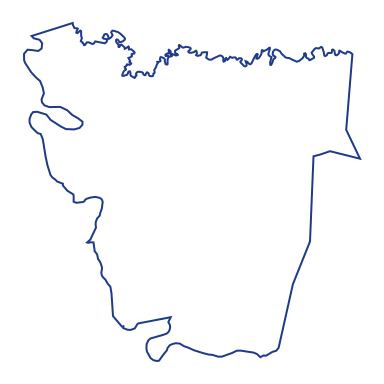 the district of San Jorge Nuchita, Oaxaca, Mexico
{"feature_id": "50627088B4984202667575", "entity_name": "San Jorge Nuchita", "entity_type": "district", "adm_level": 2, "iso_a3": "MEX", "parent_name": "Mexico", "parent_adm1": "Oaxaca", "projection": "orthographic", "projection_center": [-98.098, 17.686], "detail": "fine", "context": "isolated", "style": "outline", "palette": "blue", "viewbox_px": 384, "rotation_deg": 0, "n_neighbors": 0, "source": "geoboundaries", "source_scale": "gbopen_adm2", "svg_char_len": 5660}
<svg xmlns="http://www.w3.org/2000/svg" viewBox="0 0 384 384"><path d="M289.4,58.1L286.6,57.8L285.4,57.3L281.6,53.7L279.9,51.2L276.7,49.6L275.1,49.6L273.9,50.4L273.0,51.8L272.6,54.1L273.1,55.2L275.4,56.9L275.4,57.6L275.0,58.2L274.1,58.6L273.3,59.5L272.4,62.6L271.1,64.9L270.3,64.8L270.1,62.6L271.5,57.0L269.8,56.2L268.7,55.2L268.4,53.8L269.8,49.0L269.8,47.8L269.2,47.8L267.0,49.6L263.5,51.3L262.8,50.3L262.1,50.1L261.7,50.9L261.6,53.2L260.6,55.5L258.8,58.1L257.5,58.7L256.5,58.6L256.6,57.6L257.7,54.3L257.1,53.9L256.3,54.3L254.9,56.4L251.4,63.5L250.4,64.2L249.6,64.2L247.9,62.7L247.5,61.9L245.6,61.2L246.5,63.9L246.6,65.0L246.4,65.8L245.1,66.4L244.1,66.1L240.5,62.3L240.3,61.7L241.7,60.2L241.9,59.4L241.8,58.8L241.4,58.4L239.1,58.2L238.0,59.3L237.3,59.7L236.7,59.6L236.0,58.0L235.5,57.5L233.7,57.4L232.1,57.8L230.0,56.8L228.6,58.9L227.4,59.8L226.2,58.0L225.7,58.1L225.4,60.0L224.9,61.1L223.6,61.6L223.2,60.6L223.5,58.8L222.9,57.1L221.8,56.0L220.8,55.5L219.8,55.5L213.2,58.5L211.9,59.5L209.7,59.7L208.6,59.4L206.2,57.7L207.0,54.2L207.1,52.3L204.4,52.2L201.9,52.6L201.1,54.5L200.5,55.2L197.4,55.9L196.1,55.1L196.9,53.5L196.7,51.7L196.2,50.8L195.8,50.7L194.3,51.9L192.5,52.5L190.9,52.8L189.4,52.7L188.4,52.0L188.3,51.5L188.4,51.1L189.8,50.1L190.6,49.1L190.7,48.5L190.4,48.0L188.9,47.3L186.1,46.8L183.4,47.6L182.6,47.5L179.4,45.0L179.0,45.1L178.8,45.5L179.3,47.9L179.1,48.2L175.4,50.5L175.0,51.0L175.2,53.0L177.4,54.1L177.8,54.5L177.8,55.0L176.7,55.4L175.4,55.4L171.9,53.8L172.1,55.1L171.8,56.2L170.4,56.5L170.7,55.0L170.6,51.5L170.4,50.9L168.8,49.8L168.6,50.1L169.1,52.6L168.9,53.2L167.6,53.3L165.6,54.5L165.3,55.0L165.8,56.0L166.5,56.1L168.0,55.6L168.4,56.2L168.4,57.5L167.6,59.2L167.6,64.0L167.4,64.4L166.3,64.5L165.5,63.9L165.2,62.3L164.8,61.6L164.9,59.7L164.1,58.3L162.2,57.4L160.8,57.1L160.4,57.3L159.9,59.2L160.6,60.7L160.3,61.2L159.4,61.7L157.3,61.9L157.8,63.2L156.9,64.4L156.0,67.1L154.6,69.4L154.2,70.3L154.7,72.2L154.3,73.1L153.4,73.6L153.4,74.8L152.7,76.1L151.7,76.3L149.7,76.0L149.2,75.5L148.4,73.1L147.1,72.3L146.0,73.6L145.4,75.1L144.8,75.2L143.4,74.5L143.1,73.1L142.4,72.4L140.2,71.8L137.7,71.8L136.3,73.0L136.0,74.1L136.4,74.6L136.4,75.7L135.3,76.3L135.2,77.5L134.3,77.9L130.8,75.7L130.5,75.0L130.4,72.5L129.9,71.4L128.7,71.5L128.2,72.1L127.9,73.4L127.3,74.4L126.6,75.0L125.7,75.1L123.8,75.9L122.4,75.9L122.2,75.1L123.7,71.3L124.7,70.3L125.5,70.1L126.0,69.4L125.8,68.8L124.8,67.8L124.7,66.9L126.4,65.9L126.8,65.4L126.7,64.7L127.1,64.3L129.6,64.9L131.2,63.7L131.2,63.3L129.7,62.5L129.4,61.9L130.2,60.9L128.4,58.0L130.3,57.3L131.8,56.4L132.0,55.9L131.5,54.7L131.7,54.2L132.0,53.9L134.3,53.5L134.6,52.4L134.3,51.9L131.3,49.3L128.9,49.4L128.9,47.0L128.4,46.5L125.8,48.4L124.7,48.8L124.5,47.3L121.4,44.6L120.5,44.9L119.4,47.0L118.6,46.9L118.4,46.0L118.8,45.0L116.7,42.8L116.1,41.6L116.1,40.0L116.6,39.5L117.9,39.8L118.4,40.3L119.3,42.3L120.3,42.2L122.6,41.4L124.7,39.8L125.0,38.6L124.2,37.4L120.5,33.8L118.0,32.1L113.8,30.8L112.3,30.7L111.2,32.3L112.6,35.3L111.2,37.3L109.0,38.8L107.8,35.4L106.9,34.2L105.4,34.0L104.3,34.5L103.6,36.3L102.7,37.7L103.5,38.6L107.1,39.2L107.0,40.6L106.3,42.2L104.7,43.3L95.3,41.4L93.8,43.5L92.5,44.0L88.6,42.3L86.8,42.4L84.9,45.0L84.4,45.2L84.0,45.1L83.7,44.0L82.8,43.3L82.7,42.5L80.8,41.2L81.9,38.0L81.2,36.3L81.1,31.1L80.2,30.6L77.5,33.1L76.3,32.7L76.6,31.1L77.8,28.7L77.0,28.3L74.4,28.1L72.9,24.9L72.7,23.0L31.6,36.0L33.8,38.3L39.6,39.8L42.2,43.4L41.6,48.5L38.2,51.0L32.2,50.1L27.5,49.7L24.0,53.9L24.1,60.2L25.1,62.9L31.2,72.3L36.1,77.6L40.1,81.0L42.8,87.8L43.9,93.4L41.5,99.6L42.1,102.5L44.5,105.4L49.3,107.1L60.2,106.9L67.2,110.2L72.3,115.0L78.2,118.4L82.5,121.7L82.4,124.8L79.6,127.9L74.3,129.4L66.0,129.1L61.0,126.6L50.6,119.9L46.4,114.6L37.3,111.8L33.1,112.1L31.2,114.5L29.6,118.8L29.5,122.3L31.2,126.7L33.5,129.2L37.6,133.1L40.7,134.0L42.8,139.3L45.6,156.5L47.4,165.1L50.5,175.0L52.6,177.7L55.1,179.4L57.1,181.5L62.9,183.7L62.9,185.5L67.3,190.7L73.3,194.4L73.7,196.3L73.6,201.7L76.4,202.8L83.1,202.0L84.4,201.2L85.1,199.9L86.5,198.8L90.7,197.5L95.5,196.9L99.4,197.8L101.0,198.6L102.1,200.0L102.7,202.0L101.8,208.7L100.5,212.2L99.7,215.6L97.2,218.4L95.8,221.8L95.6,224.4L96.0,227.6L90.4,239.5L87.1,242.5L88.2,242.8L90.8,242.3L93.5,242.4L94.7,251.2L97.1,254.3L98.1,259.2L98.7,259.7L100.5,262.8L101.9,267.1L102.0,268.6L101.3,273.0L102.0,275.8L103.6,277.9L105.4,279.6L107.6,283.5L110.4,286.8L111.5,293.4L113.0,316.1L121.9,326.6L123.4,326.3L123.3,328.1L127.7,329.8L130.7,329.9L134.8,328.4L137.1,324.5L138.3,323.4L170.7,317.2L168.3,322.1L170.0,325.1L170.1,327.6L169.5,330.2L168.4,332.1L166.8,333.5L164.3,334.5L150.4,338.5L148.3,340.4L146.6,344.2L146.4,348.6L147.0,351.7L150.6,358.1L153.6,360.3L157.3,361.0L159.1,360.6L163.3,354.7L166.9,350.3L167.5,348.1L169.7,345.3L172.2,344.1L175.7,343.2L179.8,343.6L183.8,346.1L188.1,347.6L194.1,350.3L203.4,353.2L208.6,354.5L212.5,354.9L218.3,356.7L222.0,356.6L232.3,352.9L236.8,350.7L240.6,350.6L253.7,352.6L257.1,354.1L260.3,357.2L263.4,355.5L266.0,355.7L272.4,351.9L276.3,350.7L278.6,347.9L292.9,284.2L310.0,241.5L313.5,156.3L320.4,154.5L330.0,151.2L360.0,158.7L346.2,129.8L352.4,54.1L349.9,52.3L347.8,51.6L347.1,51.8L345.9,53.6L345.0,53.6L342.6,52.5L339.6,50.6L339.3,50.7L339.1,51.5L339.2,52.7L338.7,53.6L337.2,55.0L336.3,55.3L335.5,55.1L335.0,54.0L334.3,50.6L332.9,49.5L332.1,49.8L331.7,52.6L331.0,53.0L328.4,52.9L327.8,53.2L326.6,55.4L325.1,56.1L324.3,55.5L323.8,52.2L322.2,47.5L321.1,46.9L318.9,48.5L316.0,48.1L314.7,48.8L311.7,52.6L312.0,53.8L314.1,56.6L314.0,57.8L310.0,60.1L309.3,60.1L308.7,58.8L306.5,57.8L306.1,57.1L305.9,54.0L305.2,53.2L304.1,53.6L304.2,55.7L302.6,58.2L299.3,60.8L296.9,61.7L291.9,59.5L289.4,58.1Z" fill="none" stroke="#1e3a8a" stroke-width="2"/></svg>